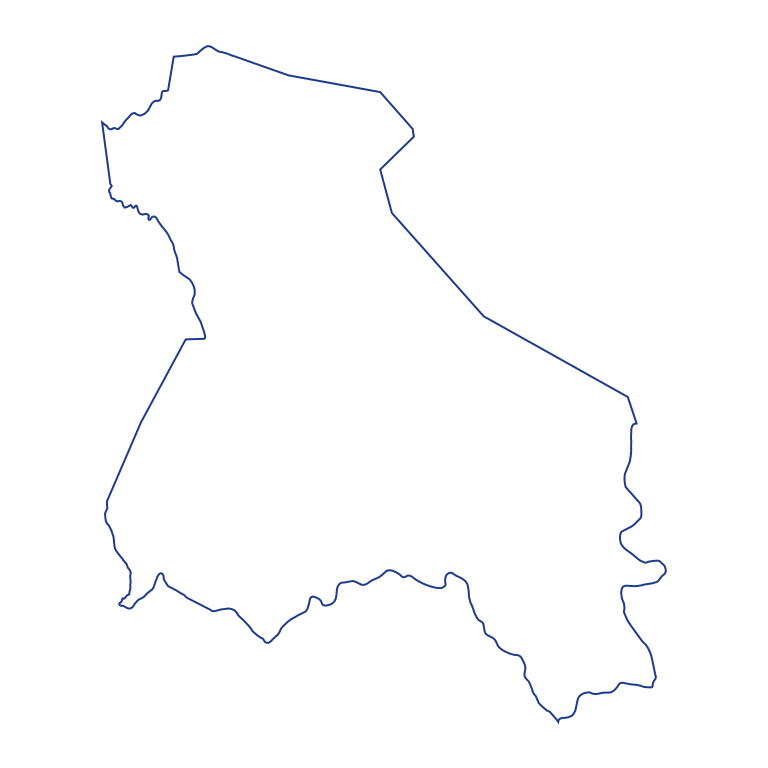 San Jose de Colinas, Santa Bárbara, Honduras
{"feature_id": "27666195B96609935857863", "entity_name": "San Jose de Colinas", "entity_type": "district", "adm_level": 2, "iso_a3": "HND", "parent_name": "Honduras", "parent_adm1": "Santa Bárbara", "projection": "natural_earth1", "projection_center": [-88.328, 15.073], "detail": "fine", "context": "isolated", "style": "outline", "palette": "blue", "viewbox_px": 768, "rotation_deg": 0, "n_neighbors": 0, "source": "geoboundaries", "source_scale": "gbopen_adm2", "svg_char_len": 6103}
<svg xmlns="http://www.w3.org/2000/svg" viewBox="0 0 768 768"><path d="M655.8,677.0L651.8,658.0L650.7,653.9L648.7,649.4L647.8,647.7L645.7,644.6L643.1,642.2L641.5,640.3L630.9,625.6L627.5,620.5L624.7,614.1L623.9,612.1L624.5,608.2L624.1,604.7L623.8,603.2L621.9,598.4L621.1,592.9L621.4,590.6L622.1,587.9L623.1,586.7L624.7,585.9L626.8,585.7L634.1,586.2L638.0,585.9L641.6,585.3L645.1,584.4L652.4,583.3L656.6,582.0L657.7,581.4L658.5,580.7L661.9,576.1L664.7,573.9L665.5,572.3L665.9,570.7L665.4,568.4L664.5,565.8L660.5,561.9L659.1,560.9L657.1,560.6L652.8,561.0L649.0,561.6L646.4,562.5L645.4,562.7L643.6,562.2L639.8,560.3L636.9,558.1L633.1,554.8L626.3,549.8L624.2,548.1L621.9,545.3L621.0,543.7L620.5,542.0L620.0,538.9L620.0,536.3L620.4,534.0L621.1,532.1L622.6,531.1L631.2,526.7L633.9,524.8L640.5,518.2L641.1,517.0L641.4,514.8L641.4,512.1L641.2,507.9L640.7,505.2L640.0,503.4L638.8,501.8L634.5,497.1L625.7,487.1L625.3,485.6L624.7,482.3L624.5,478.2L624.8,474.2L629.7,461.9L630.8,455.7L631.2,451.0L631.1,446.3L631.3,441.3L631.0,437.8L631.4,428.5L632.2,426.1L633.2,424.6L634.6,423.8L636.6,423.5L627.8,397.0L483.7,316.3L391.9,213.0L380.2,169.5L413.8,136.7L412.7,129.0L380.2,92.1L288.6,75.4L233.9,56.1L232.1,55.6L227.4,53.7L221.5,52.0L219.1,51.7L216.3,50.2L211.8,47.2L209.5,46.3L207.7,46.1L205.8,46.9L202.5,48.9L197.7,53.3L196.8,53.9L193.2,54.6L183.7,55.8L173.7,56.7L168.1,90.1L166.7,90.9L163.4,91.0L162.3,91.6L161.8,93.0L161.2,97.7L159.7,100.4L157.4,101.0L155.8,100.6L153.5,101.8L151.7,103.7L148.1,110.3L145.9,112.7L144.1,114.0L140.9,115.5L138.0,115.1L134.7,113.0L132.6,113.4L130.7,114.8L128.2,117.8L125.2,120.9L122.0,125.6L118.4,129.0L116.9,128.9L114.5,128.0L112.7,128.5L111.7,129.3L109.7,129.1L108.3,128.2L106.8,126.0L104.5,124.4L102.1,122.4L110.3,183.8L111.7,185.8L111.3,186.8L109.4,189.3L109.0,190.8L109.2,191.9L110.0,193.1L111.4,198.1L111.7,198.4L114.4,199.1L115.4,200.4L116.8,201.3L119.7,201.0L120.7,201.2L121.5,201.6L122.0,202.2L122.5,203.0L122.8,205.2L124.4,207.5L126.8,207.1L130.7,205.0L132.9,207.7L133.3,207.9L134.5,207.2L135.4,205.8L136.5,205.7L137.1,206.9L138.2,210.9L139.5,213.3L140.6,214.0L142.5,214.6L145.7,213.9L146.7,214.0L147.9,214.7L148.9,215.8L148.3,217.9L148.6,219.3L149.0,219.8L149.6,219.9L150.0,219.7L152.2,216.9L153.8,216.5L155.1,216.8L156.3,217.8L158.4,221.5L161.4,225.8L166.6,232.2L168.3,234.9L170.5,239.5L172.5,242.9L173.3,244.7L173.8,246.8L174.1,249.6L176.4,255.9L177.2,258.7L178.2,265.1L179.4,271.9L182.6,274.6L189.7,279.4L191.9,282.5L193.8,286.4L194.6,289.6L194.7,293.5L194.4,295.2L193.3,297.9L192.5,300.5L192.2,302.1L192.2,303.3L195.9,313.2L200.6,321.7L204.0,331.6L204.7,334.1L205.2,336.7L205.0,338.1L204.1,338.8L185.7,339.4L140.9,422.5L107.1,501.0L106.9,502.9L107.3,508.5L105.8,511.5L105.1,513.5L105.1,515.1L105.5,518.8L105.9,520.9L106.4,522.4L107.3,523.9L108.6,525.0L110.1,527.9L111.5,530.8L113.2,536.0L113.6,537.6L114.5,546.0L115.0,548.7L116.4,551.1L120.3,556.3L122.5,558.8L123.2,560.1L126.4,563.8L127.2,565.7L127.7,567.4L130.0,570.5L130.7,572.3L130.2,576.9L130.5,580.6L130.7,582.2L130.3,584.3L130.3,589.4L129.6,591.1L129.2,594.3L128.9,594.6L128.2,594.7L127.2,595.3L124.5,598.4L123.7,598.7L122.9,598.3L122.4,598.7L121.6,601.4L120.4,602.6L119.2,603.6L119.9,605.4L120.5,605.6L122.0,605.7L124.0,606.2L126.5,607.7L128.5,608.5L130.4,608.4L132.1,607.5L133.0,606.6L134.1,604.8L135.1,603.4L138.1,600.1L139.1,599.4L141.5,598.3L144.0,596.8L146.7,593.8L152.5,589.1L153.8,586.8L155.2,582.4L157.6,576.3L159.3,573.9L160.4,573.4L161.4,573.3L162.3,573.8L163.2,575.0L163.6,576.4L163.7,578.6L164.0,579.7L166.1,583.2L168.2,586.2L176.3,590.4L180.4,593.0L183.8,594.8L184.7,595.5L186.0,597.1L187.8,598.2L209.6,609.4L212.1,610.9L213.1,611.2L215.0,611.1L220.6,609.5L228.7,608.5L231.7,609.1L234.4,610.3L236.2,612.0L238.5,615.6L244.1,620.9L248.8,625.9L251.0,628.6L252.4,631.1L257.2,635.3L260.0,637.2L263.2,639.0L264.3,641.0L265.3,642.2L266.2,642.6L267.5,642.7L268.4,642.9L269.5,642.3L271.5,640.7L272.9,639.0L277.3,635.2L279.2,632.7L280.9,629.0L281.9,627.5L283.5,625.8L288.3,621.3L290.6,619.6L297.9,615.4L304.9,611.9L305.9,611.2L306.9,609.8L307.7,608.2L309.2,603.0L309.9,599.3L310.5,597.9L311.4,597.0L312.7,596.6L314.5,596.9L316.6,597.7L319.2,599.1L320.7,600.6L322.4,604.4L323.0,605.0L323.8,605.4L325.9,605.6L328.3,605.1L331.0,604.2L333.0,602.9L334.7,601.0L335.8,598.5L336.4,595.1L337.0,589.2L337.7,586.5L339.3,584.1L341.0,582.8L345.2,582.4L350.8,581.3L352.9,581.1L354.4,581.4L356.2,582.1L361.2,584.6L362.9,584.9L364.8,584.7L366.9,583.8L371.4,580.7L379.4,577.0L381.4,575.5L386.3,571.1L387.9,570.4L390.2,570.3L392.6,570.7L396.2,572.3L399.7,574.5L401.8,576.5L402.9,577.2L403.7,577.3L405.0,577.0L407.9,575.5L409.5,575.6L411.8,576.6L415.8,579.6L418.2,581.1L422.1,583.1L426.1,584.9L429.8,586.2L434.4,587.4L437.0,587.9L440.8,588.1L442.1,587.8L443.1,587.2L444.8,586.0L445.5,585.1L445.6,584.6L445.1,581.0L445.2,579.0L445.6,576.9L446.5,575.0L447.3,574.1L448.5,573.3L449.9,572.8L451.1,572.7L452.2,573.1L456.5,575.9L460.7,577.8L462.7,579.0L465.2,581.0L467.1,583.5L467.6,584.9L468.0,586.7L468.7,591.4L469.0,596.8L470.4,602.3L472.2,606.3L474.8,613.6L477.1,618.1L478.7,620.1L482.0,622.1L482.7,622.8L483.3,623.9L484.7,631.4L485.2,632.8L485.9,633.9L487.6,635.3L492.2,637.5L494.3,639.0L496.1,641.7L497.7,645.4L498.3,646.4L500.0,648.2L502.5,650.1L505.8,651.9L510.6,653.9L514.5,654.9L517.2,655.1L518.8,655.5L520.0,656.2L521.2,657.4L524.0,662.7L524.8,664.9L525.2,666.6L525.3,668.0L525.2,670.2L524.4,674.0L524.7,676.5L526.2,678.8L528.6,681.3L529.5,683.0L531.4,687.4L532.8,691.8L534.0,694.1L535.8,696.1L538.8,703.1L540.9,705.3L545.0,709.0L547.7,711.0L549.4,711.6L550.0,712.0L556.4,719.3L558.2,721.9L558.5,720.6L558.9,719.7L559.6,719.1L560.6,718.4L561.7,718.1L564.5,717.9L568.1,717.3L570.9,716.2L572.6,715.2L575.3,710.8L577.7,699.5L578.5,697.5L580.1,695.4L583.3,693.5L585.5,692.8L589.4,692.3L592.7,693.7L596.2,694.1L603.5,692.7L610.6,692.5L614.1,690.5L616.8,687.5L619.3,683.9L620.3,683.1L621.5,682.8L622.8,682.8L631.4,684.4L636.9,684.9L640.5,685.7L644.3,687.0L648.5,687.3L651.7,687.3L652.2,687.0L652.6,686.4L652.7,684.6L653.0,682.8L653.9,681.1L655.4,678.9L655.8,677.7L655.8,677.0Z" fill="none" stroke="#1e3a8a" stroke-width="2"/></svg>